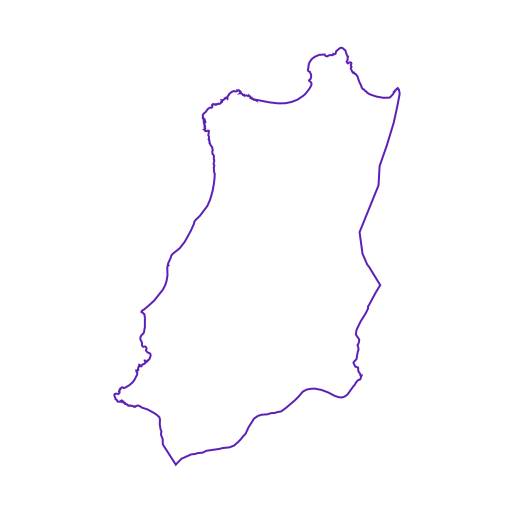 the district of Ilocos Norte, Ilocos Norte, Philippines, rotated 5°
{"feature_id": "2640588B45258001695711", "entity_name": "Ilocos Norte", "entity_type": "district", "adm_level": 2, "iso_a3": "PHL", "parent_name": "Philippines", "parent_adm1": "Ilocos Norte", "projection": "orthographic", "projection_center": [120.646, 18.219], "detail": "fine", "context": "isolated", "style": "outline", "palette": "violet", "viewbox_px": 512, "rotation_deg": 5, "n_neighbors": 0, "source": "geoboundaries", "source_scale": "gbopen_adm2", "svg_char_len": 6029}
<svg xmlns="http://www.w3.org/2000/svg" viewBox="0 0 512 512"><g transform="rotate(5 256 256)"><path d="M364.2,377.6L365.3,376.2L367.2,372.3L368.9,370.5L370.1,370.2L370.6,369.7L371.6,365.9L370.7,366.2L370.2,365.4L370.2,364.6L368.0,361.9L367.4,358.3L365.6,357.6L364.6,357.6L362.5,354.2L362.6,353.0L365.1,350.0L365.7,342.6L366.3,340.4L365.9,338.3L364.9,335.9L365.5,335.0L366.1,332.5L366.1,330.2L362.3,325.5L362.6,320.7L366.1,311.7L370.3,303.5L372.2,298.6L372.0,296.4L372.8,295.1L378.5,281.8L382.3,274.2L369.6,257.0L367.5,254.8L361.9,244.4L357.1,223.2L371.9,174.9L371.3,155.6L376.7,134.4L381.6,111.1L383.6,95.5L385.0,81.9L383.9,77.9L382.6,76.4L381.8,77.5L381.4,77.4L380.7,78.9L379.9,79.2L379.6,80.6L379.0,80.6L379.1,81.2L378.3,83.0L375.9,86.0L375.1,86.6L369.2,87.3L362.2,86.7L356.3,85.3L354.3,84.6L352.3,83.5L351.7,82.6L350.4,82.1L349.3,80.9L348.0,80.4L347.1,79.6L346.2,78.1L346.0,77.1L344.1,74.2L342.1,69.9L341.8,68.8L340.9,67.5L339.3,66.0L338.5,65.6L338.2,65.7L337.8,65.0L337.3,65.1L337.1,64.6L336.5,64.8L335.5,63.6L335.0,62.4L334.1,61.2L334.1,60.2L334.7,59.3L333.7,57.9L334.3,56.2L334.0,55.2L333.3,54.9L332.3,54.9L330.9,56.1L329.7,55.2L329.4,54.3L330.2,52.6L330.0,50.8L330.3,49.2L329.6,48.9L328.6,47.1L327.1,43.4L323.7,41.1L322.0,41.3L321.2,41.8L318.0,45.1L317.6,47.6L316.1,48.3L315.5,48.0L315.5,48.5L314.7,49.3L313.0,49.3L311.3,49.7L309.3,51.0L307.8,50.6L306.8,49.3L301.5,50.1L297.4,52.3L295.0,54.3L293.9,55.7L292.4,58.5L292.0,60.0L291.7,62.4L291.9,63.6L291.4,66.2L292.1,67.3L293.7,67.9L294.1,69.0L295.0,70.2L295.3,72.1L295.1,74.2L294.8,75.1L293.7,76.0L293.5,76.5L293.8,77.0L295.2,77.8L296.1,78.8L296.3,80.1L296.1,81.5L294.6,84.8L291.2,90.0L289.4,92.0L283.8,96.6L278.1,99.4L271.8,101.3L264.7,102.0L256.3,101.8L243.9,100.5L242.4,100.4L242.7,101.0L241.2,100.3L241.1,100.6L240.3,100.5L238.3,99.7L238.7,99.6L238.2,99.4L238.0,98.8L237.1,99.1L236.5,98.9L236.4,97.8L235.3,97.0L234.6,97.2L234.5,96.9L234.2,97.3L233.0,96.9L231.2,97.1L230.4,96.7L230.3,96.9L230.1,96.5L229.0,96.8L228.2,95.8L227.0,95.2L226.3,95.3L226.8,94.9L226.6,94.7L226.1,95.0L225.6,93.6L226.0,93.9L226.2,93.6L224.6,92.4L223.8,92.9L223.1,92.7L223.2,93.0L222.4,93.6L221.1,93.9L219.4,93.6L217.0,95.0L214.9,97.4L214.9,97.9L213.9,99.3L213.7,100.5L213.9,101.0L213.8,101.7L213.1,101.0L212.5,101.1L212.4,100.8L211.7,101.2L211.7,101.8L211.0,101.9L210.8,102.5L209.6,103.7L208.4,103.8L208.8,104.2L208.7,105.4L208.0,105.4L208.1,106.0L207.1,107.3L206.0,107.7L205.1,107.5L204.6,108.1L203.0,108.2L202.9,108.8L201.7,108.8L201.6,108.6L201.0,108.8L200.3,108.3L199.3,108.9L199.0,109.6L199.5,111.2L199.3,111.7L198.7,112.2L197.2,112.2L195.4,113.5L193.1,117.2L191.8,118.3L190.8,119.9L190.6,120.6L191.4,122.9L190.9,123.2L191.0,123.5L191.4,123.9L191.8,123.7L192.6,124.2L192.8,124.7L192.6,124.9L193.2,125.0L193.7,126.5L192.7,126.3L192.5,126.7L192.5,126.2L192.2,126.7L192.3,127.1L192.8,126.9L192.9,127.4L193.3,126.9L193.5,127.1L193.3,128.1L192.8,128.6L193.1,128.9L193.1,129.8L193.6,130.2L193.3,130.8L194.0,131.5L193.8,131.9L194.2,133.1L193.9,133.2L193.9,132.8L193.6,132.9L194.0,134.0L193.5,134.4L194.1,134.5L194.1,135.5L194.7,136.0L195.6,136.0L197.0,135.3L197.7,135.3L198.2,135.6L198.0,140.0L198.6,140.8L198.9,142.5L198.7,143.6L199.0,143.6L199.4,144.6L199.2,145.1L200.1,147.1L199.9,147.7L200.6,148.3L201.2,149.7L202.8,151.4L203.7,154.5L203.3,155.9L203.9,158.3L204.9,159.1L205.4,160.3L205.5,163.1L205.9,163.6L206.1,165.2L205.7,167.6L205.9,168.7L206.6,169.3L206.2,171.8L206.8,174.3L206.7,175.5L207.7,177.5L207.9,181.7L207.8,187.1L207.1,194.8L206.0,200.9L205.2,204.4L203.4,209.8L202.2,212.0L196.6,220.9L192.4,225.7L191.5,227.7L191.4,229.3L188.8,236.7L183.8,248.0L179.2,255.1L173.2,260.7L171.6,262.9L171.1,265.6L169.3,270.4L168.9,272.5L169.1,273.0L169.2,272.5L169.6,272.9L168.9,273.5L168.6,274.8L169.5,283.0L169.1,288.5L168.3,292.3L166.3,297.4L158.6,309.1L152.9,315.3L149.2,319.0L147.4,320.2L146.7,321.5L146.8,321.9L148.2,322.3L148.8,323.2L149.7,323.5L150.1,324.4L150.7,327.3L151.5,336.4L151.0,342.0L149.9,343.9L149.0,344.5L148.2,346.3L147.9,347.4L148.1,349.2L149.9,352.0L150.1,354.7L150.9,356.0L151.4,356.3L153.2,355.8L154.0,356.0L155.0,357.4L155.0,358.2L154.6,359.3L154.9,360.2L156.6,361.6L158.6,362.2L159.4,362.9L159.7,364.6L158.9,367.8L157.9,369.2L157.5,369.2L156.6,370.8L155.6,371.1L154.9,370.4L155.2,370.1L154.6,369.4L155.1,370.1L154.7,370.5L154.0,369.8L153.3,370.0L154.0,369.9L154.9,370.8L155.0,372.4L153.5,373.6L152.2,373.7L152.8,373.9L151.6,374.8L151.5,375.8L150.0,376.0L150.4,375.0L149.2,374.5L149.1,375.1L150.0,375.5L149.9,375.8L149.0,375.5L148.8,376.3L148.1,376.2L148.7,376.3L148.2,378.9L148.2,379.1L148.3,379.1L148.4,378.7L148.4,379.8L148.2,379.8L148.4,379.9L147.8,380.5L146.7,380.5L147.0,381.7L147.9,382.4L147.9,384.6L145.6,390.2L144.1,392.6L140.8,396.0L137.3,398.4L135.9,399.1L134.3,398.4L133.4,398.8L133.0,399.5L132.5,399.8L132.5,400.3L132.2,400.2L131.6,401.5L131.8,402.3L131.4,402.5L131.3,402.1L131.3,402.7L131.7,402.9L132.0,404.0L131.4,405.0L130.7,405.6L129.8,405.1L130.0,404.7L129.8,405.1L127.6,405.6L127.0,406.4L127.4,408.3L128.3,409.8L128.6,410.9L129.5,411.2L130.8,413.0L133.1,413.1L133.7,412.9L133.7,412.4L134.7,411.7L135.2,412.8L135.7,412.3L136.0,412.8L136.7,412.7L136.9,413.6L138.1,413.7L138.1,414.3L138.7,414.9L139.1,414.7L140.6,415.1L141.0,415.6L141.3,415.6L141.7,416.2L143.1,416.3L143.7,415.8L145.0,416.3L145.7,416.0L147.6,416.8L148.3,416.3L148.6,416.8L151.0,415.2L153.4,415.7L155.3,416.9L161.3,418.3L167.9,421.2L170.9,422.8L173.7,424.9L174.6,427.3L174.8,432.2L176.2,437.5L177.1,439.0L176.8,442.0L179.0,446.6L179.6,451.8L194.3,470.9L195.4,469.3L199.5,464.4L208.7,459.3L213.0,458.4L215.2,457.4L219.3,456.7L220.7,456.2L223.4,454.4L236.2,451.4L239.6,450.2L246.4,448.9L250.6,446.8L254.2,443.1L256.9,439.8L258.9,436.7L261.1,434.1L263.4,427.5L268.3,418.0L272.1,415.0L275.6,413.6L281.2,412.7L284.8,411.2L288.0,410.8L290.8,409.7L294.5,408.7L298.7,405.1L306.9,396.8L310.6,392.5L314.5,387.0L318.1,384.7L321.5,383.7L325.9,383.0L332.9,383.7L339.7,385.6L346.9,388.6L351.3,389.5L354.1,389.4L356.5,388.3L359.1,386.2L364.2,377.6Z" fill="none" stroke="#5b21b6" stroke-width="2"/></g></svg>